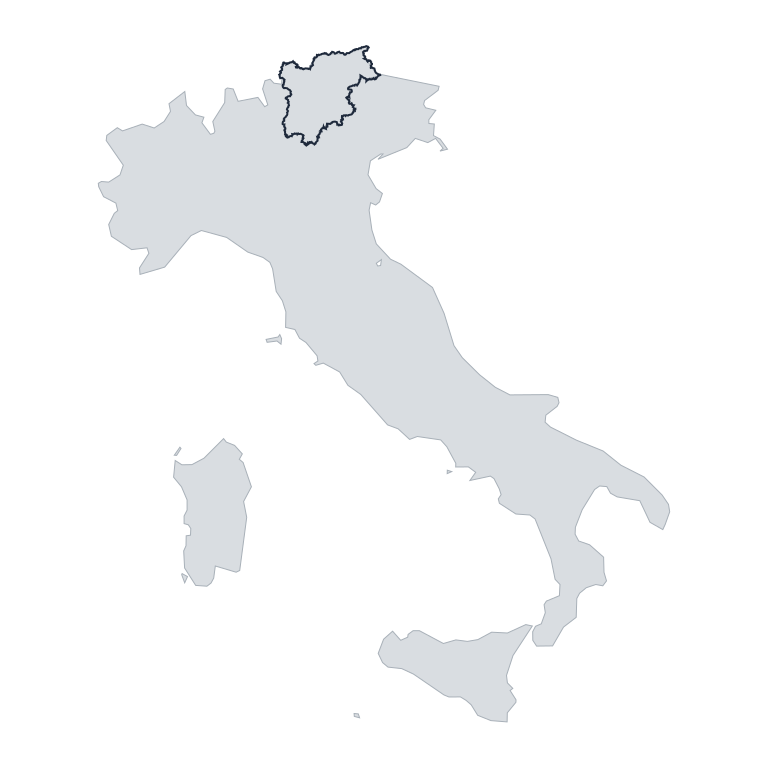 Trentino-Alto Adige, Bozen, Italy (highlighted)
{"feature_id": "23120603B10307341449000", "entity_name": "Trentino-Alto Adige", "entity_type": "district", "adm_level": 2, "iso_a3": "ITA", "parent_name": "Italy", "parent_adm1": "Bozen", "projection": "mercator", "projection_center": [11.286, 46.382], "detail": "fine", "context": "in_parent", "style": "outline", "palette": "slate", "viewbox_px": 768, "rotation_deg": 0, "n_neighbors": 0, "source": "geoboundaries", "source_scale": "gbopen_adm2", "svg_char_len": 9442}
<svg xmlns="http://www.w3.org/2000/svg" viewBox="0 0 768 768"><path d="M117.3,127.7L122.5,130.9L142.2,124.1L154.2,128.0L164.1,121.5L170.5,111.4L169.0,103.7L184.8,91.5L186.5,105.5L195.4,114.9L203.9,117.2L201.9,122.8L210.4,134.3L213.8,133.3L214.9,131.2L212.8,121.5L224.7,102.6L225.2,89.5L227.3,88.0L233.2,89.0L238.1,101.3L257.9,97.4L264.7,106.7L267.8,104.9L262.6,88.9L265.0,80.7L270.2,79.2L273.9,83.2L281.6,84.2L281.9,79.4L280.0,76.2L282.6,62.1L294.0,63.4L300.7,68.4L308.7,68.3L315.4,57.1L320.8,54.3L346.4,53.6L365.3,46.8L366.9,48.3L363.5,53.6L364.6,57.1L375.9,73.5L439.1,86.3L438.1,90.3L424.6,100.5L423.6,104.4L425.6,107.8L435.8,110.3L428.8,119.8L428.9,123.5L434.3,124.0L433.5,135.6L440.1,139.1L447.5,149.2L440.0,151.1L443.1,148.3L435.6,138.4L427.8,142.6L415.3,138.4L406.8,147.6L378.0,159.3L383.0,154.0L380.9,153.9L370.4,160.8L368.0,174.8L376.1,188.6L382.4,193.5L379.5,201.9L375.7,205.0L370.6,202.7L369.1,210.2L371.9,230.0L376.3,243.9L390.5,259.2L400.9,264.2L432.5,287.5L444.1,313.4L454.0,345.7L462.3,357.7L479.6,374.8L495.3,387.3L509.9,394.9L548.2,394.6L557.8,397.4L559.0,402.7L557.2,406.3L545.8,415.2L545.1,422.2L550.5,427.1L576.5,440.2L603.1,451.0L620.9,465.2L644.1,477.0L662.1,495.0L668.5,504.4L669.7,511.8L665.2,524.4L662.8,529.6L650.0,522.3L639.8,500.7L617.2,496.9L610.5,493.2L606.8,486.6L599.6,486.0L594.6,489.5L582.2,509.7L575.4,527.2L575.1,534.2L578.7,541.0L589.6,544.8L603.6,557.2L604.0,572.3L606.5,580.9L602.8,585.8L595.8,584.5L586.3,587.7L579.6,593.2L576.8,598.5L576.2,617.3L563.5,627.1L552.6,645.9L536.6,646.1L532.8,640.3L532.7,631.7L535.5,626.3L541.3,623.8L545.3,612.7L544.1,604.7L546.4,601.1L559.4,595.7L560.0,584.5L555.1,579.3L551.0,558.8L535.1,519.0L529.9,515.0L515.9,514.0L499.4,503.3L498.3,498.9L501.1,494.6L499.2,488.7L494.0,478.6L490.4,476.1L469.9,480.5L475.7,472.3L468.4,466.9L455.7,467.0L455.8,463.3L446.8,446.7L440.7,439.9L417.3,436.5L409.6,439.4L398.1,428.8L387.6,424.9L360.8,394.5L347.9,385.3L339.7,372.0L323.3,363.1L315.8,365.3L314.0,363.6L317.9,361.0L317.1,355.8L306.0,342.5L299.5,338.2L294.9,329.5L285.6,327.4L285.9,311.9L282.4,300.8L276.2,291.4L272.6,268.8L269.9,262.4L263.1,257.5L247.8,252.1L226.6,237.4L201.3,230.5L191.0,235.6L164.7,267.1L140.0,274.4L139.5,267.9L148.9,253.3L147.0,247.8L131.6,249.6L111.4,236.3L108.7,224.5L114.3,213.3L117.7,210.6L115.9,203.1L103.6,196.7L98.7,186.7L98.3,183.3L101.4,181.5L108.7,182.1L120.0,174.9L123.3,165.2L106.2,140.5L106.8,135.4L117.3,127.7ZM380.6,265.5L381.4,259.6L376.3,263.3L377.7,266.0L380.6,265.5ZM532.3,626.0L513.0,655.5L506.5,675.4L507.4,682.9L512.8,688.4L510.1,690.5L516.0,699.8L515.9,702.3L507.3,712.8L507.1,721.9L490.9,720.6L477.7,715.3L471.2,704.8L466.0,700.3L460.4,696.9L449.0,697.0L443.9,694.9L413.5,674.1L401.7,668.6L388.0,667.1L382.6,662.6L378.2,653.4L383.6,639.2L392.6,631.2L400.7,640.3L407.7,637.2L408.1,634.4L413.1,630.7L419.4,630.7L443.4,643.5L455.9,639.9L467.4,641.4L477.9,639.6L491.6,632.2L507.4,633.0L525.8,624.6L532.3,626.0ZM243.1,462.5L251.4,486.8L243.6,501.5L246.7,517.3L239.7,570.5L236.1,572.2L215.3,566.0L213.7,578.1L211.0,583.1L206.9,586.2L195.7,585.4L184.6,568.0L183.7,550.9L186.0,545.8L186.2,535.8L190.5,535.2L190.8,528.5L188.3,524.8L184.1,523.6L184.1,516.0L187.1,510.1L187.1,499.9L181.5,486.8L173.6,477.2L175.2,460.5L181.9,464.8L192.0,464.6L204.0,458.2L223.6,438.6L226.3,442.1L234.6,445.4L242.3,453.9L239.3,459.3L243.1,462.5ZM279.8,334.6L281.6,338.7L281.0,344.2L277.0,341.0L267.1,342.3L266.1,339.4L278.1,337.0L279.8,334.6ZM187.5,576.6L184.7,582.8L181.7,574.7L182.1,573.6L187.5,576.6ZM181.0,448.5L176.6,455.4L174.3,455.2L179.9,447.2L181.0,448.5ZM359.6,717.8L354.3,716.4L354.1,713.5L358.3,713.9L359.6,717.8ZM451.7,471.6L447.2,473.6L447.3,470.2L451.7,471.6Z" fill="#d9dde1" stroke="#a8b0b8" stroke-width="1"/><path d="M300.6,133.8L303.4,135.2L303.6,135.6L303.0,136.2L302.8,137.3L303.1,137.2L303.4,138.2L303.1,138.3L303.0,138.9L302.6,138.9L302.4,140.3L301.7,140.9L301.5,142.0L303.3,142.1L303.9,142.7L305.0,143.0L305.4,143.4L304.7,144.1L305.9,145.2L306.3,145.1L306.6,144.4L307.2,144.3L307.6,143.2L307.8,143.6L307.5,144.7L308.5,144.0L308.4,143.7L308.9,143.4L308.6,142.8L309.4,142.6L309.5,142.0L309.8,142.0L309.8,142.9L311.0,142.9L311.7,142.1L312.1,142.7L313.5,143.8L314.5,143.6L314.9,143.7L314.9,144.1L315.7,143.5L315.7,142.7L316.0,142.2L317.6,140.7L317.4,139.9L317.7,138.8L317.3,137.3L318.1,137.7L318.8,137.5L318.3,136.8L318.6,136.4L318.2,136.2L318.1,135.5L318.8,134.6L319.5,134.2L319.7,133.0L320.5,132.5L320.8,131.1L320.3,130.9L320.9,130.4L321.3,130.6L321.0,129.6L321.5,129.2L321.6,128.3L321.4,128.1L322.0,128.4L322.3,128.1L323.6,128.2L323.4,127.3L323.5,126.9L323.7,127.6L324.1,127.4L324.4,128.2L325.8,128.8L325.6,128.1L326.2,127.8L326.3,126.5L327.4,126.6L327.5,126.0L326.9,124.4L327.0,123.7L330.5,123.9L331.5,122.7L332.2,122.7L332.5,122.0L333.1,121.8L335.0,121.6L336.8,122.1L337.3,124.7L337.8,124.5L338.5,124.9L338.9,124.5L339.4,124.7L339.2,125.3L341.4,125.0L342.0,124.7L341.9,123.7L342.2,123.3L341.6,122.4L341.5,121.9L341.3,121.8L341.4,121.6L341.1,121.4L341.8,120.6L341.4,120.5L341.1,120.0L341.7,119.4L343.0,119.4L342.9,118.7L342.1,118.0L341.9,117.2L342.0,116.1L342.9,116.3L343.5,115.4L344.7,115.3L345.2,115.3L345.5,115.9L346.2,115.2L346.6,115.4L348.2,115.5L348.5,115.1L351.6,114.4L352.6,113.3L352.5,113.0L353.4,112.2L353.2,111.8L353.7,111.0L353.7,110.4L354.8,110.8L354.7,110.0L355.4,109.5L355.4,108.7L354.2,108.8L353.5,107.5L352.8,107.0L353.8,105.3L353.4,105.3L352.6,104.8L352.0,105.0L351.6,104.4L351.8,103.6L351.6,103.2L350.6,103.7L349.4,103.8L348.8,102.8L349.5,101.3L349.0,100.8L349.1,100.0L347.7,99.4L347.6,98.7L346.6,98.2L346.3,97.6L347.2,97.0L347.6,97.2L348.2,97.0L348.5,96.4L349.3,97.1L349.1,95.6L349.3,94.7L349.6,94.0L349.4,93.7L349.8,93.1L350.0,92.3L351.0,92.4L351.8,91.7L351.7,90.2L351.3,89.7L348.2,89.3L348.0,88.8L348.3,87.7L349.8,86.6L351.8,86.1L352.9,85.4L354.5,85.7L354.7,85.0L355.5,84.6L356.6,84.6L357.1,85.4L358.5,83.4L358.8,82.4L359.4,81.8L359.6,80.8L359.3,80.2L359.7,80.0L359.7,79.5L360.3,79.2L360.5,77.9L360.7,77.7L360.4,77.0L360.6,76.5L360.5,75.5L362.3,76.6L363.3,77.6L363.8,77.7L364.2,78.3L365.0,78.1L365.4,78.3L366.0,79.3L366.6,79.2L366.4,81.1L367.4,80.1L368.8,79.6L369.0,79.0L369.8,78.7L370.2,79.3L370.8,79.5L371.9,79.4L372.4,79.0L372.4,78.6L373.3,78.7L373.5,78.4L373.9,79.0L374.5,79.4L375.7,79.1L376.0,78.8L375.4,78.2L375.5,77.7L376.7,77.7L378.1,75.9L380.2,75.1L380.0,74.6L378.5,74.5L377.7,73.8L377.2,73.7L375.7,72.5L375.0,70.9L374.4,68.5L372.1,67.7L370.8,67.9L370.7,67.2L371.3,66.5L370.8,65.6L372.0,64.3L372.0,63.8L371.4,63.6L371.1,62.7L371.2,62.1L370.4,61.5L370.6,61.1L370.4,60.7L368.8,60.3L368.4,61.0L367.9,61.0L367.6,61.5L366.8,60.5L366.8,59.9L366.3,59.2L365.3,58.9L365.0,59.1L364.1,58.6L364.6,58.4L365.3,57.0L364.8,56.1L363.8,55.6L363.5,55.2L363.8,53.8L363.3,53.6L363.4,53.0L363.0,52.1L364.3,50.9L365.1,51.2L365.8,50.8L367.0,50.7L367.6,49.4L367.6,48.4L368.7,47.6L368.1,46.7L366.2,46.1L364.9,46.8L363.7,46.9L362.9,47.4L361.9,47.1L361.1,47.7L360.9,48.4L359.2,48.2L358.2,49.2L356.2,49.0L355.6,49.7L355.0,49.5L354.6,50.2L353.9,49.9L353.1,50.3L352.0,51.4L350.5,52.0L349.3,53.1L346.7,53.1L345.8,54.5L345.0,54.8L344.1,54.5L343.3,53.1L342.2,52.9L341.0,53.1L339.6,52.4L339.2,51.7L337.4,52.2L337.0,52.5L337.0,52.8L335.0,53.7L333.7,52.2L332.1,51.8L331.7,52.4L331.6,52.9L330.8,53.1L330.3,54.2L328.5,55.0L327.4,54.6L326.3,53.3L325.6,53.2L325.2,53.6L324.4,53.1L323.8,53.7L323.1,53.6L321.6,54.0L321.3,54.4L319.6,54.8L319.0,55.2L318.4,54.7L317.5,55.2L316.9,55.0L316.8,56.1L317.1,56.5L316.9,56.8L315.7,57.7L314.5,57.4L314.3,57.7L314.2,58.5L313.6,58.8L313.7,60.3L313.9,60.3L312.4,63.0L312.6,63.6L312.4,64.0L312.7,64.3L313.0,65.1L311.8,66.1L310.9,66.3L311.1,66.6L310.7,67.2L310.1,69.1L309.6,68.6L308.3,69.0L307.8,68.6L305.3,68.4L303.4,69.3L302.7,69.1L302.6,68.6L301.9,68.5L301.3,68.0L300.9,68.0L300.6,68.5L300.0,68.4L298.7,66.9L297.3,67.7L296.0,67.5L295.8,66.8L296.7,66.4L297.0,65.6L297.6,65.0L297.2,64.4L295.7,64.0L295.3,63.4L294.2,63.0L294.4,62.3L293.2,61.7L293.0,61.3L292.3,62.0L289.5,62.6L289.2,63.1L287.2,64.0L287.6,63.3L285.9,63.5L284.6,63.2L283.9,62.5L283.4,62.8L283.5,63.2L283.2,63.7L283.3,64.2L282.8,64.5L282.9,65.5L282.5,66.4L281.5,66.9L281.2,67.5L282.1,68.6L282.1,70.0L280.1,71.4L281.0,72.4L280.8,73.1L280.2,73.3L279.8,74.4L279.2,74.7L279.7,75.7L279.7,76.8L280.2,78.2L282.3,77.8L284.5,79.7L284.1,80.4L284.3,80.8L284.1,81.2L284.3,81.5L284.1,82.3L283.7,83.1L283.8,83.7L283.6,84.7L282.9,84.8L282.6,85.5L282.9,87.0L283.7,88.0L284.1,88.2L284.6,87.9L287.2,88.3L288.6,89.6L289.7,89.9L290.8,91.4L290.5,91.7L290.6,93.6L290.9,94.2L291.2,94.2L291.3,94.6L290.1,95.7L290.1,96.2L288.1,96.3L286.9,97.2L287.0,97.6L286.8,97.9L285.8,97.8L285.7,98.5L288.1,99.9L288.0,100.8L288.7,101.8L287.8,102.9L288.5,103.4L289.0,105.5L288.2,106.3L288.3,107.2L287.3,108.2L286.9,109.4L288.0,111.0L287.7,111.5L287.5,112.2L287.1,112.5L287.3,113.0L287.3,114.4L286.9,115.4L285.9,116.4L285.7,117.0L284.5,117.9L284.0,118.7L283.8,119.0L284.2,119.4L284.2,120.9L283.5,121.1L282.9,121.8L282.6,123.3L282.7,124.2L283.9,124.6L284.4,124.5L284.2,126.4L284.5,126.6L284.5,127.2L285.2,127.8L285.4,128.2L285.3,129.1L284.6,129.5L284.7,130.0L284.4,130.4L284.5,130.7L285.1,131.2L285.0,132.4L285.3,133.6L285.0,134.3L285.3,134.8L286.3,134.6L287.0,135.2L286.1,136.0L286.6,136.3L286.3,136.7L286.7,137.0L287.3,137.6L288.8,137.2L289.0,136.7L290.3,136.1L291.4,136.0L291.8,136.2L292.2,135.1L292.5,134.9L292.3,134.1L293.4,134.3L294.5,133.5L295.1,133.9L296.2,133.5L297.0,133.9L297.2,134.3L297.6,133.7L298.1,133.4L298.9,134.1L300.6,133.8Z" fill="none" stroke="#1e293b" stroke-width="2"/></svg>